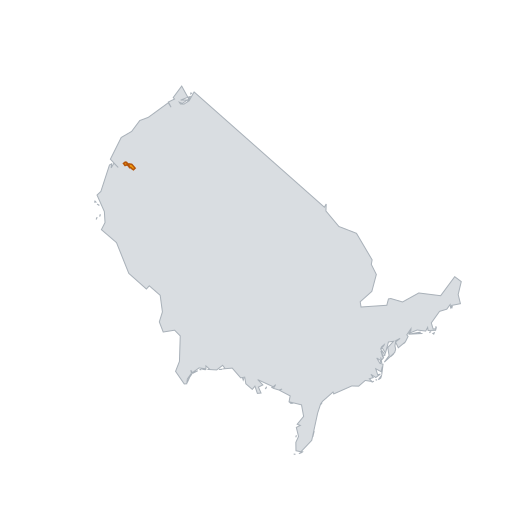 Placer, California, United States of America (highlighted), rotated 49°
{"feature_id": "52423323B56416092773024", "entity_name": "Placer", "entity_type": "district", "adm_level": 2, "iso_a3": "USA", "parent_name": "United States of America", "parent_adm1": "California", "projection": "orthographic", "projection_center": [-120.777, 39.014], "detail": "fine", "context": "in_parent", "style": "filled", "palette": "amber", "viewbox_px": 512, "rotation_deg": 49, "n_neighbors": 0, "source": "geoboundaries", "source_scale": "gbopen_adm2", "svg_char_len": 4841}
<svg xmlns="http://www.w3.org/2000/svg" viewBox="0 0 512 512"><g transform="rotate(49 256 256)"><path d="M390.7,157.4L407.1,142.7L402.0,119.6L410.0,117.9L417.7,128.7L426.1,133.0L421.7,140.7L422.7,143.0L420.0,141.3L421.3,146.9L418.2,153.8L421.5,167.6L427.3,170.2L428.9,168.1L427.1,166.4L428.3,166.9L429.9,169.2L425.1,175.0L422.5,173.3L424.0,177.2L417.6,182.9L414.8,191.0L413.9,188.1L412.5,186.7L414.4,193.9L416.5,194.0L418.8,199.6L418.6,208.8L412.5,207.1L412.7,201.3L411.5,206.0L415.0,210.1L418.0,211.8L419.8,214.6L420.3,228.8L418.5,220.9L411.5,216.6L410.6,208.1L407.8,212.5L414.2,222.0L409.0,221.1L407.9,222.2L407.5,218.3L407.0,217.4L406.9,220.7L407.9,222.9L415.4,223.5L415.0,226.1L410.8,224.0L409.6,224.0L414.8,226.4L416.5,226.4L416.9,229.5L414.3,228.5L418.8,230.9L418.4,231.8L416.2,230.6L412.2,231.8L418.3,232.9L421.0,231.1L428.1,239.0L422.3,233.1L425.3,237.5L419.6,239.6L425.5,242.1L426.7,239.6L426.3,245.3L420.7,246.9L424.7,247.3L423.0,251.0L426.8,250.8L421.6,255.2L421.6,263.9L416.9,269.0L411.1,287.8L409.2,287.1L409.3,301.1L410.0,304.2L414.9,312.4L431.7,334.9L433.2,350.5L429.2,353.6L422.8,348.2L420.1,342.3L411.8,338.0L412.9,333.7L410.0,335.3L408.3,325.3L398.2,319.3L387.7,326.7L384.0,322.0L372.7,326.4L373.5,323.6L372.2,326.6L367.3,329.7L366.0,325.5L366.0,328.8L350.4,335.8L357.8,335.4L356.5,340.2L362.7,342.1L360.6,345.1L353.5,342.2L354.2,346.3L345.8,347.5L340.0,344.0L337.9,347.5L325.0,347.5L319.3,355.3L320.8,353.2L316.6,352.9L316.2,360.4L309.7,367.1L311.2,365.2L306.1,365.9L308.3,367.8L303.1,372.4L302.3,380.6L299.4,380.1L302.1,381.6L303.8,388.5L307.0,392.1L305.5,394.1L290.3,392.4L285.3,382.9L266.6,365.6L258.6,366.1L252.5,375.9L242.3,372.2L236.8,363.3L222.8,354.1L208.5,356.1L209.0,360.4L185.7,363.4L154.4,352.5L134.7,355.4L131.7,348.0L123.0,341.3L105.7,336.0L105.5,330.7L91.2,306.9L91.7,304.4L94.5,307.5L92.7,302.3L98.8,301.9L87.4,302.4L78.1,279.9L80.4,268.1L77.5,254.8L80.7,246.3L82.8,221.7L88.0,222.5L82.3,221.1L84.1,214.5L82.1,214.5L79.0,200.6L91.5,203.3L88.9,210.6L93.1,205.5L92.6,211.5L89.6,213.0L91.7,213.3L94.1,210.8L95.0,204.6L91.6,195.1L264.0,172.4L262.8,168.9L267.9,173.7L288.1,174.1L304.8,165.3L335.1,170.9L338.0,174.5L348.9,177.3L358.7,191.8L358.9,207.4L363.4,210.2L379.0,189.6L375.3,184.2L376.5,182.2L386.8,175.6L390.7,157.4ZM421.1,184.0L423.7,181.2L415.1,192.2L421.4,181.7L421.1,184.0ZM92.5,201.0L94.2,204.9L94.0,205.5L91.8,202.5L92.5,201.0ZM306.5,391.0L303.5,385.3L303.0,381.8L303.9,385.4L306.5,391.0ZM422.6,140.6L423.7,142.3L423.0,142.3L422.6,140.6ZM340.6,345.8L341.3,347.1L339.7,346.4L340.6,345.8ZM112.5,341.9L114.4,341.1L114.6,341.3L112.5,341.9ZM110.3,341.4L109.5,342.4L108.9,341.5L110.3,341.4ZM427.9,173.4L427.7,175.0L427.4,174.9L427.9,173.4ZM303.4,378.2L302.9,381.3L304.4,375.2L303.4,378.2ZM426.6,327.3L429.8,331.8L426.1,327.0L426.6,327.3ZM122.8,346.5L123.7,348.1L122.6,346.7L122.8,346.5ZM434.2,350.9L433.3,353.3L434.5,348.6L434.2,350.9ZM430.0,242.0L429.6,244.8L428.4,239.3L430.0,242.0ZM90.9,197.8L90.9,198.9L90.2,198.3L90.9,197.8ZM308.6,368.9L306.1,370.9L308.6,368.5L308.6,368.9ZM430.9,171.8L431.6,173.1L430.5,173.4L430.9,171.8ZM122.8,350.9L123.6,352.7L122.6,351.1L122.8,350.9ZM305.7,372.2L304.7,373.2L305.5,371.8L305.7,372.2ZM420.3,217.1L420.3,220.6L420.0,215.9L420.3,217.1ZM318.8,356.8L317.3,358.4L319.3,355.7L318.8,356.8ZM410.1,302.4L410.6,304.7L409.9,303.3L410.1,302.4ZM427.5,250.8L427.2,251.5L427.8,249.1L427.5,250.8ZM391.6,324.4L390.1,326.4L389.3,326.5L391.6,324.4ZM366.5,329.6L366.2,330.1L365.1,330.5L366.5,329.6ZM418.2,343.5L418.9,344.9L417.8,343.3L418.2,343.5ZM362.3,334.8L362.4,336.3L361.6,333.8L362.3,334.8ZM431.1,356.8L430.2,357.5L431.5,356.3L431.1,356.8ZM419.0,200.7L419.0,202.4L418.8,200.0L419.0,200.7ZM428.8,245.8L428.5,246.7L428.3,246.7L428.8,245.8Z" fill="#d9dde1" stroke="#a8b0b8" stroke-width="1"/><path d="M110.5,292.0L110.5,291.6L110.5,291.0L110.4,290.5L110.4,290.4L110.4,289.9L110.4,289.6L110.2,289.6L108.0,289.6L106.3,289.6L105.6,289.6L105.2,289.7L105.0,289.9L104.7,290.1L104.4,290.4L104.0,290.7L103.9,290.9L103.6,291.0L103.3,291.3L103.0,291.6L103.0,291.9L102.8,292.1L102.7,292.3L102.6,292.6L102.4,292.6L102.2,292.5L101.8,292.3L101.5,292.6L101.2,292.6L101.1,292.4L100.8,292.3L100.6,292.2L100.4,292.3L100.1,292.4L99.7,292.7L99.7,293.4L99.3,293.4L99.3,295.1L99.2,295.1L99.2,295.3L100.0,295.3L100.5,295.4L101.0,295.4L101.2,295.5L101.7,295.5L101.8,295.5L102.1,294.8L102.1,294.5L102.2,294.4L102.3,294.2L102.5,294.0L102.4,293.9L102.5,293.8L102.5,293.7L102.9,293.5L102.9,293.4L103.1,293.4L103.4,293.3L103.3,293.1L103.6,293.1L104.0,293.2L104.0,292.9L104.2,293.0L104.2,292.8L104.3,292.7L104.7,292.6L104.8,292.6L105.0,292.8L105.3,292.8L105.3,293.0L105.6,293.2L105.8,293.2L106.0,293.3L106.1,293.5L106.3,293.5L106.4,293.4L106.6,293.4L106.8,293.2L107.1,292.5L107.2,292.4L108.0,292.5L108.7,292.4L109.1,292.4L109.3,292.2L110.5,292.0Z" fill="#f59e0b" stroke="#b45309" stroke-width="1.5"/></g></svg>